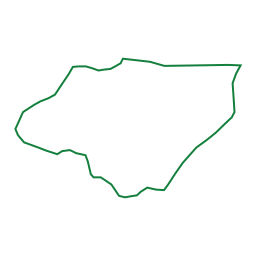 Samarahan, Sarawak, Malaysia (Equal Earth projection)
{"feature_id": "92858781B97238976532983", "entity_name": "Samarahan", "entity_type": "district", "adm_level": 2, "iso_a3": "MYS", "parent_name": "Malaysia", "parent_adm1": "Sarawak", "projection": "equal_earth", "projection_center": [110.479, 1.444], "detail": "fine", "context": "isolated", "style": "outline", "palette": "green", "viewbox_px": 256, "rotation_deg": 0, "n_neighbors": 0, "source": "geoboundaries", "source_scale": "gbopen_adm2", "svg_char_len": 765}
<svg xmlns="http://www.w3.org/2000/svg" viewBox="0 0 256 256"><path d="M76.3,153.2L85.5,155.2L87.8,161.4L90.8,174.2L93.5,177.3L100.7,177.3L111.4,184.5L119.0,195.8L124.8,197.3L137.0,195.3L140.8,191.7L147.3,187.6L156.0,189.6L164.0,190.1L167.8,185.0L175.5,173.2L182.7,162.9L196.4,147.5L206.3,140.3L215.9,132.6L224.3,124.4L231.9,117.2L232.3,116.3L234.5,112.1L233.8,100.8L232.6,83.3L236.1,73.6L240.6,65.4L228.1,64.9L164.4,65.9L150.1,61.8L122.9,58.7L120.6,63.3L115.2,66.4L110.3,69.0L104.6,69.5L98.5,70.5L92.7,68.4L85.9,66.4L78.6,66.4L72.9,66.9L68.7,74.1L61.1,85.4L55.0,94.6L48.5,98.2L40.5,101.3L34.0,104.9L23.0,112.1L15.4,129.0L18.0,135.2L24.1,142.4L38.2,147.5L46.2,150.6L57.3,154.2L62.2,151.1L69.9,150.1L76.3,153.2Z" fill="none" stroke="#15803d" stroke-width="2"/></svg>